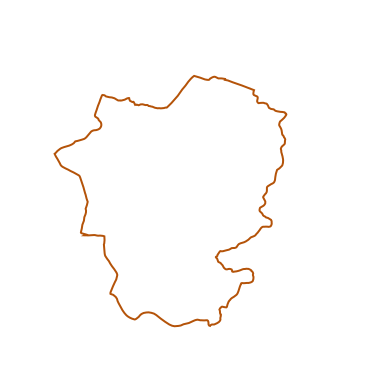 outline of Nayala, Nayala, Burkina Faso, rotated 242°
{"feature_id": "67063806B13297228427715", "entity_name": "Nayala", "entity_type": "district", "adm_level": 2, "iso_a3": "BFA", "parent_name": "Burkina Faso", "parent_adm1": "Nayala", "projection": "natural_earth1", "projection_center": [-3.089, 12.661], "detail": "fine", "context": "isolated", "style": "outline", "palette": "amber", "viewbox_px": 384, "rotation_deg": 242, "n_neighbors": 0, "source": "geoboundaries", "source_scale": "gbopen_adm2", "svg_char_len": 5981}
<svg xmlns="http://www.w3.org/2000/svg" viewBox="0 0 384 384"><g transform="rotate(242 192 192)"><path d="M252.8,294.6L262.7,286.0L269.7,279.5L273.6,276.1L275.5,273.8L275.8,274.3L276.2,274.4L278.0,272.0L278.8,270.8L279.9,268.6L282.6,266.7L283.2,266.0L283.5,265.2L283.7,263.8L283.6,261.2L283.2,260.3L283.1,259.5L283.9,258.1L285.3,256.3L289.1,252.9L293.5,248.4L293.2,246.5L292.5,244.1L291.1,240.5L289.0,236.2L287.1,231.5L283.6,224.6L280.2,215.6L278.5,209.9L278.4,209.3L278.6,209.0L279.0,208.1L279.3,206.6L280.5,203.7L281.3,202.6L282.1,200.9L283.8,198.8L286.0,197.0L286.7,196.0L287.4,195.4L288.3,194.1L289.6,193.6L289.9,193.2L290.6,191.7L292.6,189.6L293.5,187.7L293.6,185.7L294.8,184.5L294.9,184.0L295.5,183.6L295.6,182.7L298.6,182.8L299.2,182.5L299.4,181.6L301.6,180.1L303.2,180.2L304.4,180.6L304.6,180.4L305.1,178.8L305.1,175.9L305.8,173.0L306.2,171.9L306.6,171.6L307.0,170.5L307.6,169.7L309.2,168.7L311.1,167.6L313.1,165.6L314.5,163.5L316.8,160.9L318.4,160.2L319.6,158.7L319.6,157.9L316.9,154.7L314.9,152.6L312.1,149.3L309.2,146.3L307.1,144.0L305.6,142.5L304.9,142.1L304.3,142.0L303.7,142.1L302.5,142.8L301.1,143.5L300.6,143.6L299.6,143.4L298.6,143.6L296.3,144.2L294.8,143.9L293.7,143.4L292.8,142.7L292.0,141.7L291.3,140.1L291.3,138.1L291.7,136.3L292.5,134.4L292.8,132.9L292.7,131.3L290.0,124.6L289.6,123.1L289.5,121.7L289.9,119.4L290.8,115.1L291.5,112.7L290.6,110.5L290.4,108.2L290.6,105.4L291.7,100.1L292.1,97.2L292.0,95.7L291.4,92.4L290.5,90.0L290.2,88.6L287.2,88.5L284.4,88.7L279.8,88.8L277.6,88.7L276.5,88.9L275.7,89.2L274.9,89.6L272.2,91.4L269.8,93.2L267.6,94.6L264.9,96.6L259.8,99.9L258.8,100.2L257.4,100.1L247.2,98.4L241.4,97.1L239.6,96.8L237.6,96.3L235.6,95.8L232.3,95.3L229.8,93.1L227.1,90.2L225.5,89.8L223.9,88.9L222.3,87.5L220.3,85.1L217.4,83.1L214.5,79.8L211.3,77.4L209.4,75.7L208.4,74.9L207.9,74.9L207.3,75.3L206.0,76.6L204.7,78.0L204.2,78.5L204.2,76.8L203.8,77.5L202.3,80.2L200.3,84.6L199.5,86.1L198.3,87.5L197.5,88.6L196.6,90.5L195.1,92.7L194.0,93.8L190.6,92.2L187.7,90.3L187.1,89.6L178.9,86.1L177.4,85.6L176.2,85.4L172.9,85.7L169.9,86.2L167.4,86.2L164.0,86.5L160.4,87.1L156.3,87.5L154.5,87.3L153.7,87.0L153.1,86.5L150.3,84.0L148.7,81.7L145.8,77.9L141.7,73.0L140.9,72.4L140.3,72.2L139.0,73.4L138.1,74.2L135.1,75.4L132.9,75.6L130.5,75.1L128.3,75.0L120.3,75.1L117.0,75.5L114.0,76.2L112.3,76.9L110.4,78.0L108.4,79.5L106.4,81.5L106.2,82.1L106.2,83.3L106.8,86.5L107.5,88.0L108.0,90.1L107.9,92.5L107.1,95.0L106.1,97.2L104.4,99.4L102.5,101.3L100.1,102.7L95.0,104.9L89.9,107.4L85.6,109.8L83.3,111.6L81.7,113.5L80.1,117.2L79.4,119.4L79.2,122.4L77.8,127.7L77.5,132.9L77.3,134.8L76.8,136.7L76.0,137.8L75.0,138.9L72.9,142.5L72.1,144.3L71.6,145.2L70.9,145.6L70.4,145.6L69.4,145.4L67.2,144.4L66.6,144.4L65.9,144.5L65.3,145.1L65.6,145.5L65.7,146.5L65.7,147.1L65.5,147.7L65.0,148.6L64.6,149.5L64.4,152.7L64.6,154.8L65.3,156.5L66.2,157.3L67.4,157.8L69.1,159.3L69.4,159.3L70.0,159.9L70.5,160.0L71.2,159.7L73.1,160.4L73.7,160.8L75.3,161.0L75.8,161.7L76.2,162.3L76.3,162.9L76.6,163.7L76.7,164.4L76.6,164.8L75.0,166.7L74.3,167.7L74.0,168.2L74.3,169.0L76.1,170.6L78.1,173.0L78.2,173.4L78.6,174.0L78.7,174.6L79.4,176.1L79.7,177.7L79.8,179.7L80.3,182.9L80.7,183.9L81.1,184.6L82.6,186.4L86.1,190.0L87.2,191.3L87.5,191.9L87.8,192.0L88.3,192.8L88.0,193.6L87.2,194.8L86.3,196.9L85.9,197.9L85.3,198.9L85.1,199.4L84.6,201.4L84.6,202.9L84.9,203.9L86.3,205.3L88.1,206.4L89.8,206.7L90.3,206.9L91.4,207.8L92.0,207.9L93.5,207.9L94.2,207.4L95.0,207.5L95.7,207.2L97.5,205.9L98.8,203.8L99.1,202.7L99.8,201.3L100.0,200.3L100.3,197.4L100.7,195.4L101.1,193.9L101.6,192.6L102.2,190.8L103.0,190.2L103.4,190.5L105.0,190.6L106.0,189.7L106.7,188.7L106.8,188.2L107.0,187.8L107.1,187.2L107.3,186.5L107.9,185.6L108.5,185.2L110.2,184.6L113.0,184.6L114.7,184.1L115.5,184.0L116.2,183.7L117.7,182.6L118.2,182.4L121.2,182.9L121.8,182.8L122.6,182.5L123.3,182.5L123.5,182.8L123.5,183.8L123.8,184.5L124.5,185.0L126.4,188.6L126.5,189.3L125.8,190.2L125.2,191.5L124.4,195.0L123.8,197.3L123.7,198.1L123.8,200.6L123.7,201.0L122.5,203.5L122.3,205.2L123.5,207.5L123.8,208.2L124.0,208.8L124.0,209.6L123.9,210.9L123.2,214.3L123.1,216.2L123.4,219.4L124.2,222.2L124.3,222.9L124.0,225.2L123.9,226.7L124.1,227.8L124.7,229.1L125.2,230.7L126.9,234.4L127.4,235.2L127.8,236.2L128.0,236.9L128.1,237.9L127.9,238.5L126.4,241.6L125.2,243.4L125.0,244.1L124.8,245.1L125.0,245.6L125.2,246.1L126.4,247.4L128.9,248.6L130.3,248.7L133.4,246.9L134.8,245.4L135.5,245.2L136.1,244.9L137.4,244.0L138.3,243.8L139.0,243.9L140.4,243.8L143.0,242.9L143.8,242.9L144.9,243.5L146.0,244.5L146.2,245.1L146.3,248.4L146.5,249.4L147.0,250.5L147.4,251.1L147.8,251.5L149.3,252.3L153.7,252.3L154.2,252.5L154.8,253.4L155.8,255.6L156.1,256.7L157.0,258.0L157.9,258.7L160.7,260.2L161.1,260.6L161.3,261.0L161.5,261.8L161.8,265.7L161.7,267.0L161.8,268.2L162.1,269.1L162.7,269.9L163.4,270.7L164.2,271.3L166.1,272.6L168.8,274.7L171.5,277.4L171.6,277.7L171.7,278.5L171.7,279.4L172.1,281.2L173.0,284.0L173.4,284.5L174.9,285.9L176.3,286.8L176.6,286.9L176.9,287.1L177.1,287.3L178.3,287.8L181.2,288.7L182.3,288.9L183.0,289.1L185.4,289.6L186.0,289.9L186.3,290.1L187.1,290.4L187.6,290.4L188.7,290.9L189.8,292.4L190.0,292.9L190.4,294.6L190.8,296.1L191.1,296.5L191.5,296.9L192.7,297.6L193.1,297.9L193.4,298.0L194.5,298.9L195.1,299.1L196.4,299.1L197.0,298.9L198.0,299.1L199.2,299.0L199.4,298.8L199.9,298.7L200.5,298.7L204.2,300.0L205.5,300.3L207.1,300.4L209.7,300.3L210.2,300.4L211.0,300.9L212.3,302.1L212.9,302.9L213.5,305.6L214.2,308.1L215.0,309.9L216.0,311.6L216.6,311.8L217.1,311.8L217.5,311.3L218.5,311.3L218.9,311.1L220.5,309.0L221.1,307.9L223.2,305.2L224.3,304.0L224.9,303.6L226.5,303.0L226.8,302.7L228.2,300.8L230.1,299.5L230.8,299.5L232.9,299.7L234.8,299.4L235.3,299.0L236.1,298.0L237.1,297.1L237.6,296.3L238.6,294.1L239.1,292.7L239.3,292.4L240.0,292.1L240.7,292.0L241.5,292.1L242.0,292.4L243.9,294.0L244.6,294.4L245.1,294.5L245.7,294.4L248.0,292.6L248.6,292.2L249.1,292.1L249.8,292.2L250.7,292.8L251.5,293.3L252.8,294.6Z" fill="none" stroke="#b45309" stroke-width="2"/></g></svg>